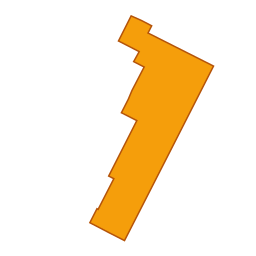 the district of Garfield, Colorado, United States of America, rotated 297°
{"feature_id": "52423323B61812355653584", "entity_name": "Garfield", "entity_type": "district", "adm_level": 2, "iso_a3": "USA", "parent_name": "United States of America", "parent_adm1": "Colorado", "projection": "equal_earth", "projection_center": [-107.968, 39.729], "detail": "fine", "context": "isolated", "style": "filled", "palette": "amber", "viewbox_px": 256, "rotation_deg": 297, "n_neighbors": 0, "source": "geoboundaries", "source_scale": "gbopen_adm2", "svg_char_len": 447}
<svg xmlns="http://www.w3.org/2000/svg" viewBox="0 0 256 256"><g transform="rotate(297 128 128)"><path d="M26.3,137.0L26.1,158.6L26.1,176.0L121.7,176.1L189.9,176.1L222.0,176.1L221.7,102.7L229.8,102.7L229.9,91.6L229.3,79.9L201.2,80.0L201.2,91.5L201.1,103.3L189.7,102.9L189.7,114.7L163.2,114.5L153.8,115.2L138.6,115.2L138.6,132.5L76.4,132.6L76.4,138.4L41.9,138.3L42.0,137.0L26.3,137.0Z" fill="#f59e0b" stroke="#b45309" stroke-width="1.5"/></g></svg>